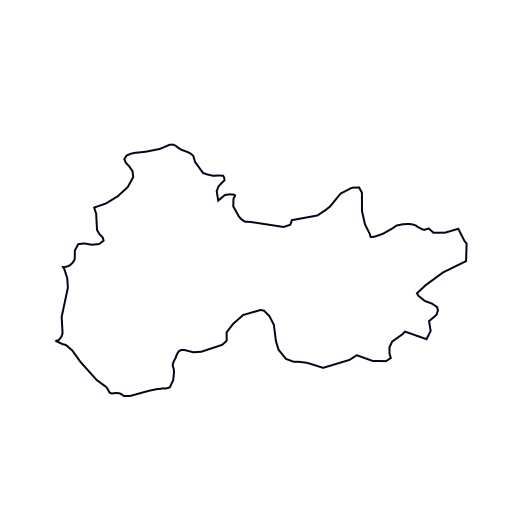 map outline of Lempira (Natural Earth projection), rotated 82°
{"feature_id": "HND-652", "entity_name": "Lempira", "entity_type": "Department", "adm_level": 1, "iso_a3": "HND", "parent_name": "Honduras", "parent_adm1": "", "projection": "natural_earth1", "projection_center": [-88.611, 14.455], "detail": "fine", "context": "isolated", "style": "outline", "palette": "ink", "viewbox_px": 512, "rotation_deg": 82, "n_neighbors": 0, "source": "natural_earth", "source_scale": "10m", "svg_char_len": 2422}
<svg xmlns="http://www.w3.org/2000/svg" viewBox="0 0 512 512"><g transform="rotate(82 256 256)"><path d="M141.8,372.9L138.5,370.2L137.3,365.6L137.0,362.1L137.4,350.5L136.6,336.5L133.8,325.9L134.2,322.6L135.6,320.3L138.2,317.8L140.5,314.9L143.7,309.0L145.9,306.0L148.4,304.1L154.3,303.3L166.4,296.9L168.3,293.3L170.6,287.3L171.1,281.6L171.9,277.4L174.0,276.6L176.6,276.6L180.2,281.5L182.2,283.7L186.4,285.9L195.9,285.7L191.4,278.6L191.2,276.5L191.3,273.5L192.1,269.5L192.7,268.5L193.4,268.3L195.9,270.3L203.7,271.6L214.4,267.5L217.3,265.6L219.4,263.5L220.6,261.7L221.5,256.7L231.1,224.6L229.9,218.0L228.9,217.1L225.5,215.6L224.4,189.5L220.0,180.4L217.3,175.8L206.0,163.6L202.1,152.6L201.8,150.8L202.5,144.4L208.0,142.3L226.4,144.8L239.7,143.7L250.2,140.2L253.1,139.9L253.4,137.3L253.2,134.9L251.6,127.0L247.8,117.4L245.4,112.6L245.0,106.1L245.5,100.5L246.4,96.9L248.0,93.6L250.0,91.4L252.7,87.7L253.5,85.8L252.8,81.1L257.7,77.0L259.2,65.5L257.2,51.9L270.3,47.4L273.1,45.7L290.3,48.7L298.3,73.1L308.5,92.1L315.3,101.8L318.1,100.7L324.0,95.1L327.7,88.3L331.9,83.7L335.1,83.4L339.2,85.4L340.0,86.4L344.6,93.7L354.5,93.5L362.1,98.7L351.6,119.0L353.8,121.7L359.7,133.1L365.0,136.5L371.2,137.4L375.8,136.7L378.2,141.8L376.2,155.0L368.3,170.0L371.9,177.9L376.1,205.1L368.9,220.2L366.7,228.4L366.0,233.4L362.1,240.6L352.0,246.7L343.3,248.1L326.5,247.9L317.4,251.1L311.3,255.6L310.1,258.9L312.6,276.9L320.0,288.1L327.5,295.7L335.6,296.8L336.9,298.3L339.3,302.0L343.2,323.6L342.6,331.4L339.0,340.3L338.7,343.4L339.6,345.7L341.4,347.3L343.4,348.6L345.8,349.8L348.1,351.6L350.3,352.9L352.0,353.6L353.5,353.7L355.3,353.3L357.2,353.2L359.5,353.3L367.5,355.3L374.1,359.7L374.7,364.1L374.2,365.9L374.2,370.0L374.0,371.9L374.6,381.1L377.1,400.2L376.3,406.3L375.0,407.5L373.1,410.0L372.5,412.0L372.1,414.6L372.1,418.0L371.1,419.7L370.1,420.4L368.3,420.9L364.9,422.5L356.7,431.0L336.1,444.8L324.1,451.0L318.0,456.3L316.9,458.3L316.6,459.4L312.5,465.8L311.7,466.3L311.9,466.1L312.0,465.1L312.3,463.7L309.0,460.0L305.5,458.3L289.2,456.9L261.2,446.7L251.8,446.0L242.4,447.6L240.1,448.6L240.2,447.8L240.3,445.6L239.5,442.0L237.6,439.1L235.0,436.5L233.2,435.8L225.3,434.6L219.5,430.3L219.7,424.2L222.0,417.0L222.3,409.7L219.6,404.8L216.4,405.2L212.6,407.9L208.2,409.8L192.0,408.4L185.5,409.5L183.1,397.3L177.5,384.4L169.8,373.3L160.7,366.6L154.9,366.5L149.7,369.0L145.4,372.0L141.8,372.9Z" fill="none" stroke="#020617" stroke-width="2"/></g></svg>